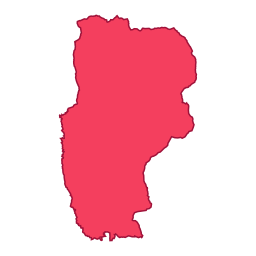 Nucsoara, Arges, Romania (Albers equal-area conic projection)
{"feature_id": "2599482B94508358599951", "entity_name": "Nucsoara", "entity_type": "district", "adm_level": 2, "iso_a3": "ROU", "parent_name": "Romania", "parent_adm1": "Arges", "projection": "albers", "projection_center": [24.784, 45.463], "detail": "fine", "context": "isolated", "style": "filled", "palette": "rose", "viewbox_px": 256, "rotation_deg": 0, "n_neighbors": 0, "source": "geoboundaries", "source_scale": "gbopen_adm2", "svg_char_len": 5713}
<svg xmlns="http://www.w3.org/2000/svg" viewBox="0 0 256 256"><path d="M142.2,236.9L142.7,235.5L141.9,234.8L141.3,233.8L141.2,232.4L139.9,228.4L139.3,227.5L139.1,225.4L137.2,222.2L135.4,220.7L133.3,220.6L132.4,220.3L132.4,219.1L133.1,217.9L133.1,215.5L134.5,212.7L137.6,211.6L146.1,210.4L146.9,209.0L149.2,208.6L151.0,207.1L151.5,204.0L151.2,203.4L150.0,202.8L149.8,201.4L148.9,200.5L148.4,198.7L148.9,196.8L147.5,195.6L147.4,195.3L147.9,194.5L148.0,193.6L147.8,193.1L147.7,191.7L147.1,190.0L147.4,188.6L147.3,187.8L146.9,187.9L146.2,186.4L145.7,184.3L144.8,183.1L143.9,181.0L143.7,175.5L143.1,173.2L143.3,172.0L143.8,171.3L144.4,169.4L144.7,168.0L144.7,166.3L145.3,164.9L145.8,164.6L146.1,163.6L146.0,163.0L149.0,160.9L150.1,159.3L150.4,158.0L150.8,157.3L152.3,156.4L153.5,156.2L155.6,155.1L156.5,154.5L158.1,152.7L160.3,152.0L164.4,148.0L166.3,146.8L167.7,145.3L167.9,143.4L171.6,136.7L174.8,137.7L177.7,137.9L180.7,137.4L182.2,138.2L184.9,136.9L185.4,136.3L187.4,133.3L188.3,132.9L188.9,131.5L191.9,130.7L193.2,127.4L194.0,124.7L193.3,123.3L192.6,120.7L192.9,119.0L192.3,117.2L191.1,116.6L190.0,115.6L188.7,113.5L188.4,110.3L188.7,106.0L188.2,104.7L186.7,103.4L186.6,103.0L185.7,103.8L183.3,102.5L182.4,102.6L182.2,102.3L182.6,101.3L182.6,99.8L182.3,98.6L181.9,97.9L181.9,96.4L181.6,95.7L181.6,94.9L180.8,93.8L181.6,92.1L184.4,88.3L185.3,88.1L185.9,87.5L186.8,87.6L188.5,87.1L188.9,86.1L190.1,85.8L191.3,84.3L194.7,82.2L195.1,80.7L196.0,79.6L196.0,78.8L196.3,78.1L196.2,77.1L196.0,76.7L196.4,74.5L195.5,72.4L195.5,70.9L195.3,69.9L195.6,68.4L195.5,67.0L195.7,66.5L195.6,65.3L195.9,62.0L195.6,60.9L195.7,59.5L194.7,57.1L192.0,54.8L191.4,52.9L192.4,51.1L190.3,46.8L189.9,46.5L187.3,42.3L186.9,41.5L187.0,40.9L185.1,38.5L185.1,37.9L183.7,36.8L182.0,36.2L180.5,35.0L179.7,34.7L179.2,33.2L177.2,31.8L177.0,30.9L176.5,30.8L175.3,29.9L173.8,27.9L169.9,29.4L168.2,29.1L166.5,28.0L165.0,27.5L163.1,27.7L161.8,27.4L159.6,28.2L158.1,27.9L156.6,28.4L154.5,28.3L153.7,29.1L150.9,29.5L149.2,28.4L145.0,28.6L142.8,28.2L142.4,28.4L141.6,29.8L140.6,30.7L139.9,30.8L138.8,30.3L137.1,28.9L134.2,28.7L132.8,29.6L130.8,29.9L129.0,26.8L128.5,24.7L128.8,23.6L128.4,22.7L128.6,21.8L127.3,18.9L123.7,19.6L122.4,18.5L120.9,18.0L119.9,18.5L118.8,18.0L117.1,15.7L116.2,16.4L115.9,17.3L114.9,17.7L112.9,19.8L110.7,19.7L110.6,20.3L109.4,21.4L107.6,22.1L106.9,21.8L106.7,20.0L105.6,19.7L104.9,19.8L103.8,18.6L101.7,17.9L99.9,16.8L99.3,16.0L97.7,16.1L96.7,15.4L95.6,15.5L95.0,16.1L94.0,16.0L93.2,16.3L91.1,16.1L89.2,16.6L88.0,17.8L87.7,18.4L86.6,19.2L84.3,18.9L80.2,20.7L79.6,20.6L77.4,21.5L77.2,23.2L78.3,26.1L79.3,27.1L80.5,27.7L81.4,33.0L80.7,34.1L80.7,35.4L80.3,36.1L79.6,38.6L77.7,40.1L74.9,41.6L75.3,42.5L75.0,42.6L75.2,43.0L75.0,43.8L75.3,44.4L75.1,44.9L75.4,46.2L75.1,49.0L75.2,49.3L74.1,50.7L73.4,54.9L73.6,55.2L73.6,55.9L74.0,57.1L73.9,57.4L74.1,58.5L73.8,59.8L74.0,60.2L73.7,61.4L73.8,63.6L74.3,66.2L74.9,66.9L76.3,71.8L76.0,73.4L75.5,73.9L76.0,75.5L75.6,77.4L76.4,80.9L77.5,83.9L77.9,84.3L78.0,85.1L78.9,86.8L79.1,87.7L79.0,88.8L79.3,89.5L79.4,90.1L78.9,90.4L78.2,92.7L78.3,93.1L77.6,95.0L77.4,98.1L76.8,99.2L76.6,100.7L77.4,103.4L76.9,104.2L75.6,104.3L73.9,105.2L73.2,106.6L72.8,106.9L68.3,108.4L67.5,110.1L68.0,110.9L67.9,111.3L67.0,111.6L66.9,112.5L65.4,112.8L65.7,113.7L63.6,114.5L63.3,114.9L62.5,115.1L61.9,114.6L61.8,115.5L61.5,115.9L59.7,115.2L59.6,115.5L59.8,115.9L59.7,117.1L60.0,117.5L60.4,117.4L62.0,118.5L62.0,119.1L61.3,119.5L61.5,120.3L61.1,121.2L61.1,121.6L61.6,122.3L61.8,124.3L62.3,124.6L62.3,125.4L61.9,126.5L62.4,127.2L63.0,129.0L62.9,129.5L61.7,130.3L62.5,131.6L63.7,132.4L63.7,132.9L64.1,133.5L64.3,135.0L64.2,135.5L63.6,135.9L64.1,136.4L64.2,138.3L63.3,138.4L62.4,137.8L61.7,138.4L60.7,138.5L61.3,139.2L61.7,140.5L62.3,140.9L62.5,141.4L62.3,142.1L61.4,142.4L61.3,142.7L62.2,143.7L62.4,144.8L62.7,145.1L62.4,146.2L62.7,147.6L62.3,148.5L62.5,149.0L63.5,149.6L63.3,150.2L62.7,150.6L62.5,151.3L63.0,151.7L63.9,151.5L64.1,151.7L63.2,152.8L63.1,153.3L63.2,154.3L62.3,154.8L62.7,155.5L61.8,156.2L62.1,156.7L63.4,157.3L63.2,158.2L61.8,159.0L62.0,160.0L61.8,160.9L62.1,161.5L61.9,163.3L62.6,164.5L62.7,165.8L62.2,166.7L62.6,167.6L62.4,168.2L62.8,168.8L63.0,172.3L63.5,174.2L64.2,175.3L64.2,177.4L64.6,180.3L65.0,181.9L64.8,183.7L65.2,185.1L65.6,185.8L65.9,187.1L67.2,187.8L67.4,189.1L68.2,189.9L70.7,194.1L70.8,194.5L70.3,195.4L71.6,196.3L71.6,196.9L72.0,197.5L72.2,198.9L71.6,200.3L71.6,202.0L71.2,203.4L70.9,203.9L70.9,204.8L70.4,206.2L71.3,207.1L72.8,207.3L73.9,209.4L74.0,209.9L74.7,209.9L74.9,209.4L75.4,209.6L75.4,210.4L74.5,211.3L75.0,212.4L74.9,213.3L75.7,214.0L76.0,215.7L76.9,217.1L77.0,217.5L76.1,218.6L76.2,219.3L76.8,220.4L76.4,221.0L76.5,223.1L77.8,223.5L78.0,224.3L78.6,224.2L78.7,225.4L79.8,225.9L80.6,225.7L80.9,227.9L81.2,228.1L82.0,227.9L83.0,228.1L82.8,229.3L83.1,230.0L82.8,230.8L82.7,231.6L82.9,232.4L84.2,233.1L85.4,235.2L86.0,235.7L87.1,235.6L87.5,236.3L87.8,236.4L89.1,236.3L89.9,237.6L91.3,237.7L91.5,238.3L91.4,239.6L92.9,239.1L94.2,238.0L94.8,238.0L96.3,238.8L97.6,239.1L99.4,238.0L100.8,240.1L101.3,240.4L101.9,240.3L102.1,239.2L101.5,237.5L101.0,237.1L102.5,237.0L103.9,236.4L105.4,236.3L104.6,235.3L104.7,235.1L104.0,234.9L103.5,234.1L104.1,233.8L103.8,233.0L104.7,232.8L104.8,232.3L105.1,232.2L105.2,231.8L106.2,232.0L107.5,231.9L109.8,232.9L110.0,236.9L110.6,237.0L110.1,237.1L109.8,237.9L110.0,240.6L112.0,240.5L112.2,239.5L113.1,238.3L113.6,238.2L114.0,238.5L114.4,238.0L115.0,236.2L114.8,235.7L114.9,235.0L114.6,234.6L115.4,234.6L115.7,234.0L116.7,234.8L118.2,236.6L119.7,237.5L121.2,237.0L122.6,237.2L123.7,237.0L125.2,237.4L128.6,235.8L132.2,236.8L134.8,236.8L134.8,236.1L138.5,237.6L141.1,236.7L141.7,237.5L142.2,236.9Z" fill="#f43f5e" stroke="#9f1239" stroke-width="1.5"/></svg>